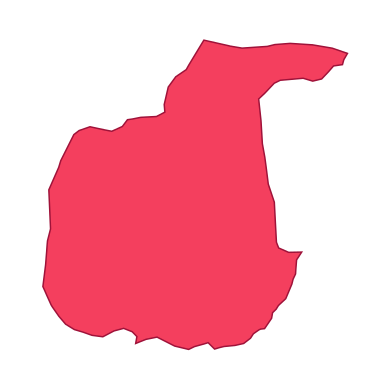 outline of Baguirmi, Chari-Baguirmi, Chad, rotated 275°
{"feature_id": "50815135B83477967363059", "entity_name": "Baguirmi", "entity_type": "district", "adm_level": 2, "iso_a3": "TCD", "parent_name": "Chad", "parent_adm1": "Chari-Baguirmi", "projection": "orthographic", "projection_center": [16.269, 11.464], "detail": "fine", "context": "isolated", "style": "filled", "palette": "rose", "viewbox_px": 384, "rotation_deg": 275, "n_neighbors": 0, "source": "geoboundaries", "source_scale": "gbopen_adm2", "svg_char_len": 1425}
<svg xmlns="http://www.w3.org/2000/svg" viewBox="0 0 384 384"><g transform="rotate(275 192 192)"><path d="M344.3,190.6L329.3,183.2L318.3,177.8L313.4,175.6L305.4,165.8L294.5,159.2L276.7,156.7L269.2,158.0L264.1,150.0L261.9,134.4L259.5,126.2L258.4,121.4L251.2,116.9L245.5,106.8L246.3,99.1L248.1,84.7L243.4,74.2L238.9,69.3L211.7,58.5L205.0,57.1L181.7,49.2L142.9,54.3L130.7,52.3L126.3,52.3L120.3,52.4L107.9,52.5L106.5,52.5L84.8,51.7L80.9,53.9L76.5,56.3L67.6,61.3L66.8,61.8L65.1,63.1L56.6,70.2L49.3,77.6L44.7,86.8L42.9,95.6L40.5,104.9L40.0,115.8L46.8,126.4L50.2,135.8L47.6,144.6L43.2,149.7L36.2,149.1L41.2,159.0L44.4,169.8L37.0,188.2L34.9,202.4L38.2,207.9L41.6,217.0L43.3,221.2L37.5,228.2L39.2,232.4L40.9,237.4L42.9,248.2L45.6,256.7L51.4,263.0L56.1,265.5L60.5,270.7L61.4,272.3L62.2,276.2L73.1,282.3L78.8,282.8L82.2,285.7L82.5,286.0L84.5,287.0L86.1,287.8L86.9,288.4L87.5,288.9L93.9,294.7L108.9,299.5L113.9,300.3L119.4,302.3L123.4,302.2L133.5,302.1L141.7,306.5L140.3,293.5L143.8,283.2L149.3,280.5L167.6,277.9L189.0,274.9L206.5,267.3L223.2,263.7L233.0,261.5L246.2,257.9L269.1,254.5L290.5,250.3L297.0,256.1L307.5,264.4L311.0,270.2L315.0,292.8L313.0,302.6L315.9,311.3L323.7,317.5L329.9,322.0L332.0,330.8L337.0,331.7L343.6,334.8L347.5,319.2L349.1,299.3L348.6,276.8L346.1,261.7L343.6,254.3L339.7,229.4L340.0,225.6L340.5,219.2L340.6,218.5L340.6,217.5L340.9,215.9L344.3,190.6Z" fill="#f43f5e" stroke="#9f1239" stroke-width="1.5"/></g></svg>